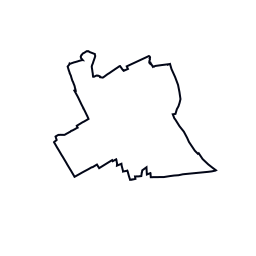 the district of Gighera, Dolj, Romania, rotated 233°
{"feature_id": "2599482B25349704513245", "entity_name": "Gighera", "entity_type": "district", "adm_level": 2, "iso_a3": "ROU", "parent_name": "Romania", "parent_adm1": "Dolj", "projection": "orthographic", "projection_center": [23.823, 43.841], "detail": "fine", "context": "isolated", "style": "outline", "palette": "ink", "viewbox_px": 256, "rotation_deg": 233, "n_neighbors": 0, "source": "geoboundaries", "source_scale": "gbopen_adm2", "svg_char_len": 5117}
<svg xmlns="http://www.w3.org/2000/svg" viewBox="0 0 256 256"><g transform="rotate(233 128 128)"><path d="M213.4,116.8L209.9,115.5L209.7,115.4L209.2,115.3L208.4,115.0L208.0,114.9L207.3,114.7L206.9,114.4L206.6,114.4L205.9,114.2L205.3,114.1L204.9,114.0L204.0,113.8L203.3,113.5L203.1,113.4L202.3,113.1L199.8,112.2L198.7,111.9L198.3,111.9L197.9,111.8L197.5,111.7L196.5,111.4L196.3,111.3L196.1,111.3L195.6,111.1L194.6,110.9L194.0,110.7L193.7,110.6L192.5,110.1L192.1,109.8L191.1,109.5L190.4,109.2L189.3,108.7L189.5,108.5L190.3,107.8L190.3,107.7L188.0,107.4L185.3,107.0L184.4,106.9L182.1,106.5L178.7,105.8L177.7,105.6L176.7,105.4L174.8,105.0L173.6,104.8L170.7,104.3L170.6,104.2L170.5,104.3L170.1,104.2L169.8,104.1L169.7,104.1L167.4,103.7L163.4,102.9L162.8,102.8L162.5,102.8L162.4,102.7L161.4,102.5L160.0,102.2L159.0,101.9L159.6,96.8L159.8,95.9L160.0,94.5L160.1,93.5L160.1,93.1L160.2,92.2L160.4,90.4L160.6,88.7L160.6,88.4L158.6,88.0L158.7,87.6L158.8,87.0L158.8,86.8L158.9,86.2L159.0,85.7L159.0,85.3L159.0,85.1L159.1,84.4L159.3,83.5L159.3,83.0L159.4,82.7L159.5,82.0L159.5,81.9L159.7,81.6L159.7,81.4L159.8,81.2L159.9,80.9L159.9,80.5L159.8,80.3L159.8,80.1L159.8,79.5L159.9,79.2L159.9,78.9L160.0,78.6L160.2,76.8L160.5,75.1L160.5,74.8L160.5,74.5L160.7,73.4L160.8,73.1L160.9,72.9L161.2,72.5L161.4,72.3L161.8,71.8L162.2,71.2L162.7,70.6L163.0,70.2L163.3,69.8L163.4,69.6L163.5,69.5L163.8,69.0L164.1,68.7L164.3,68.4L164.5,67.7L164.6,66.9L164.6,66.7L164.6,66.4L164.8,65.5L164.8,65.0L163.6,64.6L163.2,64.4L161.8,64.0L161.7,63.9L161.4,63.8L161.4,63.7L161.3,63.4L161.3,61.8L161.3,61.5L161.3,60.8L161.3,60.7L161.2,60.4L160.6,60.3L159.8,60.2L157.9,60.0L155.8,59.7L155.0,59.7L154.9,59.6L152.5,59.4L150.7,59.2L145.5,58.6L144.8,58.6L142.2,58.3L137.6,57.8L135.4,57.5L129.7,56.9L128.4,56.8L126.0,56.5L122.3,56.1L121.3,55.9L121.2,55.9L121.1,56.5L120.4,61.6L120.1,64.1L119.7,66.8L119.0,71.2L118.8,72.7L118.5,75.3L118.0,76.2L117.9,77.5L117.5,81.2L113.3,80.8L112.4,90.8L111.9,96.0L110.7,95.8L110.1,99.7L109.8,99.6L109.4,99.5L108.2,98.8L106.2,97.9L104.6,96.5L103.4,101.2L101.6,100.2L96.3,98.0L96.2,97.9L94.7,100.9L94.4,101.8L93.3,101.5L88.8,99.7L85.3,98.5L84.6,100.1L84.4,100.0L83.7,101.5L82.9,103.3L85.0,104.4L84.9,104.5L84.7,104.9L84.5,105.1L84.4,105.4L84.3,105.5L84.2,105.7L83.7,106.3L83.5,106.6L83.2,107.0L83.0,107.3L82.9,107.5L82.7,107.8L82.6,108.0L82.5,108.3L82.4,108.4L82.3,108.5L81.8,109.3L81.6,109.7L84.2,112.3L84.3,112.6L85.6,113.9L85.5,119.1L84.2,118.2L79.5,115.1L78.5,118.8L78.4,118.8L77.7,118.3L75.0,116.6L67.2,127.2L64.5,132.3L62.3,136.2L59.9,139.9L58.0,144.0L44.6,165.9L42.9,168.9L41.4,172.1L41.3,172.8L45.7,171.5L50.6,170.2L58.3,168.9L65.3,169.3L65.3,168.3L69.7,167.7L80.2,168.3L84.5,169.3L91.5,170.4L98.3,170.2L106.6,170.9L107.7,170.8L112.0,172.0L110.7,174.4L113.6,178.3L115.0,181.4L117.1,184.4L119.5,187.3L125.7,190.7L132.3,193.9L140.4,196.3L148.9,198.2L153.9,200.1L154.5,198.3L154.7,198.5L156.7,195.0L157.8,193.1L161.1,187.2L161.2,186.8L161.3,186.5L161.3,186.3L161.3,186.2L161.3,185.9L161.7,185.7L161.8,185.2L161.8,184.9L161.8,184.7L163.8,184.9L164.4,185.0L165.0,185.0L165.7,185.0L166.1,185.1L165.9,184.4L166.0,184.4L166.5,184.4L166.8,184.3L167.0,184.3L167.3,184.3L167.5,184.4L167.6,184.5L168.0,184.8L168.2,185.0L168.3,185.2L168.5,185.4L168.8,185.6L169.3,186.4L169.5,186.6L169.6,186.8L169.8,187.0L170.2,187.2L170.3,187.2L170.5,187.2L170.5,187.3L170.7,187.5L170.8,187.7L170.9,187.8L171.0,187.9L171.0,188.0L171.3,188.2L172.1,188.3L172.9,188.0L174.7,179.5L178.0,164.1L175.2,163.5L176.2,159.2L176.7,159.3L176.7,159.1L176.7,158.9L177.7,158.8L178.5,158.8L178.9,158.8L179.2,158.8L179.3,158.8L179.5,158.8L179.8,158.9L180.0,158.9L180.3,158.9L182.3,158.9L182.4,158.7L182.4,158.4L182.5,158.2L182.6,155.5L182.7,154.5L182.7,154.2L182.7,153.8L182.7,153.5L182.8,152.9L182.8,151.3L182.9,150.7L182.9,150.4L182.9,150.1L183.0,148.3L183.0,148.1L183.0,147.2L183.1,146.1L183.1,145.8L183.1,145.4L183.2,145.0L183.3,143.2L183.3,142.1L183.3,141.1L183.3,139.9L183.4,138.3L183.6,138.0L185.0,136.7L185.3,136.3L185.6,136.2L185.9,136.3L186.1,136.6L186.9,136.2L188.0,135.5L188.3,135.1L188.3,134.9L188.6,134.8L188.7,134.7L188.9,134.2L189.0,133.7L189.3,132.4L189.4,131.7L189.5,131.5L189.8,131.2L190.0,131.0L191.9,132.1L192.8,132.7L193.4,133.0L194.4,133.5L195.6,134.2L196.9,134.9L197.9,135.4L198.5,135.8L199.0,136.1L199.1,136.3L199.4,136.6L199.8,137.1L200.0,137.5L200.9,139.0L202.2,140.8L202.6,141.5L203.0,142.0L203.7,143.1L204.9,144.8L205.1,145.0L205.7,145.4L206.3,145.6L207.1,146.0L207.2,145.9L207.7,145.6L209.0,144.8L209.8,144.3L210.9,143.6L211.7,143.1L212.3,142.9L212.9,142.7L213.4,142.4L213.4,142.0L213.7,141.8L214.0,141.5L214.2,141.2L214.4,138.3L214.7,136.9L214.6,136.3L214.2,135.1L214.3,134.9L214.2,134.7L214.1,134.3L213.9,134.0L213.5,133.3L213.4,133.3L213.1,133.1L212.3,132.6L212.2,132.6L211.8,132.6L209.5,132.7L209.8,132.4L210.5,130.6L210.7,130.2L211.4,128.3L211.5,127.8L211.9,126.9L212.2,126.0L212.6,125.0L212.7,124.9L212.8,124.7L213.1,123.7L213.5,122.5L213.9,121.1L214.2,120.3L214.3,120.1L214.4,119.9L214.5,119.9L214.3,119.6L214.2,119.5L214.1,119.4L214.0,119.2L213.9,118.9L213.6,117.6L213.4,116.8Z" fill="none" stroke="#020617" stroke-width="2"/></g></svg>